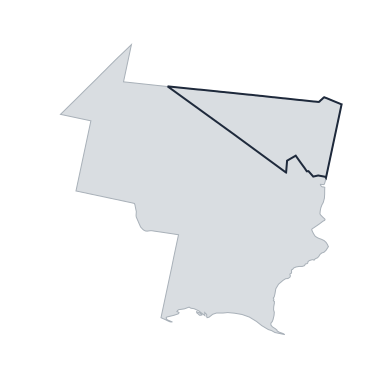 where Hodh ech Chargui sits in Mauritania, rotated 282°
{"feature_id": "MRT-2796", "entity_name": "Hodh ech Chargui", "entity_type": "Region", "adm_level": 1, "iso_a3": "MRT", "parent_name": "Mauritania", "parent_adm1": "", "projection": "mercator", "projection_center": [-6.332, 19.309], "detail": "fine", "context": "in_parent", "style": "outline", "palette": "slate", "viewbox_px": 384, "rotation_deg": 282, "n_neighbors": 0, "source": "natural_earth", "source_scale": "10m", "svg_char_len": 4958}
<svg xmlns="http://www.w3.org/2000/svg" viewBox="0 0 384 384"><g transform="rotate(282 192 192)"><path d="M163.3,335.4L162.8,335.2L160.5,333.6L159.4,331.7L157.6,330.2L155.1,329.3L153.5,328.2L152.7,326.9L151.8,326.1L150.8,325.7L150.7,325.3L151.0,324.7L150.7,323.5L149.3,321.0L147.9,319.9L146.7,320.0L146.1,319.7L145.7,319.2L145.5,318.4L144.7,317.7L143.4,317.4L142.2,315.5L141.4,312.1L140.3,309.4L139.0,307.5L138.0,306.8L137.3,306.6L137.1,306.3L136.9,305.8L135.8,305.6L134.4,306.1L133.1,306.0L132.4,305.0L131.5,304.9L130.4,305.7L129.1,305.5L127.7,304.3L127.0,303.0L126.8,301.8L124.5,299.4L119.8,295.8L114.8,294.1L109.4,294.3L106.3,294.2L105.7,293.6L105.0,293.6L104.3,294.3L103.6,294.4L102.8,294.1L102.4,294.4L102.2,295.3L100.3,295.7L96.6,295.8L93.7,296.3L91.5,297.5L88.3,297.9L84.2,297.8L81.7,297.4L80.9,296.7L79.7,296.5L78.2,296.9L76.8,298.7L75.6,301.9L74.6,303.8L73.8,304.2L73.0,306.6L72.5,310.6L71.8,312.4L71.8,302.4L73.0,298.6L73.3,295.3L75.8,288.0L78.8,282.0L81.6,274.1L82.6,266.4L82.3,258.8L81.5,252.0L80.1,247.6L78.7,241.1L76.7,237.7L73.1,234.7L72.2,232.9L73.1,232.3L75.3,231.8L76.7,229.5L73.7,230.4L77.2,223.2L78.3,218.3L78.1,215.1L78.8,213.1L76.1,208.8L74.1,203.4L73.0,202.5L71.9,202.1L71.8,203.4L71.2,204.5L69.9,203.8L67.6,199.9L64.5,193.4L63.4,192.8L62.4,193.7L61.8,194.5L60.8,199.9L60.4,197.7L60.9,195.2L61.7,192.1L62.6,187.8L65.3,187.8L70.3,187.8L80.1,187.8L85.0,187.8L94.9,187.8L99.8,187.8L109.7,187.8L114.6,187.8L124.5,187.7L129.4,187.7L139.3,187.7L144.2,187.7L147.4,187.7L147.2,184.6L147.1,182.2L146.9,178.9L146.7,175.7L146.5,172.4L146.3,169.3L146.1,166.3L145.9,163.4L145.8,160.8L145.5,159.3L144.4,156.3L144.2,154.8L144.5,153.2L145.2,151.7L147.1,149.0L150.0,146.9L153.4,144.5L155.9,142.7L157.3,142.2L161.3,141.6L164.4,140.2L167.5,138.9L168.8,138.1L168.9,135.6L168.9,78.3L184.2,78.3L188.2,78.3L216.2,78.3L220.2,78.3L240.6,78.3L240.6,75.5L240.6,71.6L240.6,66.2L240.6,60.8L240.6,51.3L240.6,47.2L244.6,49.9L252.7,55.2L256.7,57.9L264.8,63.2L272.9,68.5L281.0,73.9L285.0,76.5L289.1,79.1L293.1,81.8L297.2,84.4L305.3,89.7L308.6,91.9L313.8,95.5L318.7,98.8L323.6,102.1L316.0,102.1L306.0,102.1L299.1,102.1L292.1,102.1L285.5,102.1L286.1,107.5L286.7,113.4L287.3,119.3L287.9,125.1L288.5,131.0L290.3,148.4L291.0,154.2L291.6,160.0L292.2,165.8L292.8,171.6L294.0,183.1L294.6,188.8L295.2,194.6L295.9,200.3L296.5,206.0L297.1,211.7L298.3,223.1L298.9,228.8L299.5,234.4L300.1,240.1L300.8,245.7L301.4,251.4L302.0,257.0L302.6,262.6L303.8,273.9L304.4,279.5L305.0,285.1L305.7,290.7L306.2,296.1L308.8,298.9L312.0,302.5L311.1,307.5L310.0,313.5L308.7,320.0L299.8,320.0L291.0,320.0L269.1,320.0L264.7,320.1L242.8,320.1L238.4,320.1L230.0,320.1L227.5,319.9L226.6,319.4L226.2,316.0L225.5,316.2L224.6,317.2L224.1,318.3L224.3,319.7L224.2,320.9L221.4,321.4L217.5,322.2L213.5,322.8L209.5,322.6L208.1,322.3L206.6,321.8L203.4,321.3L201.7,321.3L199.7,321.4L197.3,321.7L196.5,322.3L194.8,324.8L193.0,327.8L191.9,327.7L190.6,326.1L187.1,323.1L182.9,319.1L181.0,317.2L180.0,316.9L178.0,318.3L176.3,319.7L174.4,321.6L173.6,323.5L173.0,325.7L172.7,328.2L172.0,331.2L170.6,333.6L168.8,335.4L167.5,336.3L167.0,336.8L163.3,335.4ZM75.3,225.1L73.9,227.3L73.3,226.4L73.0,225.0L74.3,222.9L74.8,221.8L75.9,221.4L75.3,225.1Z" fill="#d9dde1" stroke="#a8b0b8" stroke-width="1"/><path d="M290.3,146.1L290.5,148.3L290.8,151.2L291.1,154.0L291.4,156.8L291.7,159.6L292.0,162.4L292.3,165.2L292.6,168.0L292.9,170.8L293.2,173.6L293.5,176.4L293.9,179.2L294.2,182.0L294.5,184.8L294.8,187.6L295.1,190.4L295.4,193.1L295.7,195.9L295.8,197.3L296.1,200.2L296.5,203.2L296.6,204.5L296.9,207.0L297.2,209.9L297.5,212.7L297.8,215.6L298.1,218.5L298.4,221.3L298.7,224.2L299.0,227.0L299.4,229.9L299.7,233.0L299.8,234.4L300.0,235.7L300.1,237.0L300.2,238.3L300.5,240.4L300.7,242.6L300.9,244.7L301.1,246.8L301.3,248.9L301.5,251.0L301.8,253.1L302.0,255.2L302.2,257.3L302.4,259.4L302.6,261.5L302.9,263.6L303.1,265.6L303.3,267.6L303.5,269.7L303.7,271.7L303.9,273.8L304.1,275.8L304.3,277.8L304.6,279.9L304.8,281.9L305.0,283.9L305.2,285.9L305.4,288.0L305.6,290.0L305.8,292.0L306.1,294.0L306.3,296.1L306.4,297.0L306.5,297.3L306.7,297.7L307.6,298.3L308.4,298.8L309.3,299.5L310.2,300.1L311.1,300.7L311.9,301.3L312.0,301.4L312.1,301.5L312.2,301.8L312.0,302.5L311.7,304.6L311.3,306.7L310.9,308.8L310.5,310.9L310.1,313.1L309.7,315.3L309.3,317.5L308.9,319.6L308.8,319.8L308.8,320.1L308.7,320.1L305.3,320.1L302.4,320.1L301.1,320.1L299.6,320.1L298.0,320.1L296.4,320.1L293.5,320.1L291.4,320.1L290.4,320.1L287.2,320.1L283.8,320.1L280.3,320.1L276.7,320.1L273.0,320.1L269.3,320.1L265.6,320.1L262.0,320.1L258.4,320.1L254.9,320.1L251.5,320.1L248.2,320.1L245.2,320.1L242.3,320.1L240.5,320.1L238.7,320.1L237.1,320.1L235.7,320.1L233.7,320.1L233.8,320.0L233.9,319.9L234.6,319.1L234.4,312.0L233.2,309.4L232.3,307.4L236.6,301.6L236.1,300.0L239.1,296.9L240.5,295.3L244.1,291.3L249.1,285.9L245.4,281.8L242.4,278.5L230.6,280.0L230.6,279.9L255.5,224.6L255.8,224.0L290.1,146.5L290.3,146.2L290.3,146.1Z" fill="none" stroke="#1e293b" stroke-width="2"/></g></svg>